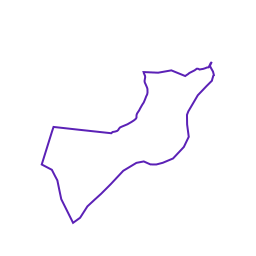 outline of Bois Patat, Castries, Saint Lucia, rotated 135°
{"feature_id": "8701671B97832675692274", "entity_name": "Bois Patat", "entity_type": "district", "adm_level": 2, "iso_a3": "LCA", "parent_name": "Saint Lucia", "parent_adm1": "Castries", "projection": "robinson", "projection_center": [-60.983, 14.009], "detail": "fine", "context": "isolated", "style": "outline", "palette": "violet", "viewbox_px": 256, "rotation_deg": 135, "n_neighbors": 0, "source": "geoboundaries", "source_scale": "gbopen_adm2", "svg_char_len": 1408}
<svg xmlns="http://www.w3.org/2000/svg" viewBox="0 0 256 256"><g transform="rotate(135 128 128)"><path d="M29.9,104.6L28.0,107.8L27.2,110.7L26.2,114.0L22.1,115.5L24.1,115.3L24.7,115.0L28.1,113.9L29.3,114.9L31.2,115.7L33.1,116.7L34.5,117.7L36.1,118.8L36.3,119.7L36.7,120.5L37.5,121.3L39.0,121.5L40.2,121.7L45.4,123.4L46.3,123.6L47.1,123.6L50.1,124.2L50.8,124.3L56.6,138.1L67.6,145.8L77.4,156.5L77.6,156.1L77.9,155.8L78.3,154.8L79.1,152.8L79.9,151.8L81.6,150.6L83.1,149.5L84.0,148.2L84.6,146.5L85.2,145.0L86.0,143.0L86.7,141.8L89.1,139.3L90.7,138.2L92.8,137.5L94.1,136.9L96.4,135.9L98.9,134.9L101.4,134.4L105.4,133.3L107.9,132.5L109.1,132.3L111.4,131.8L112.8,131.1L113.6,130.4L114.6,129.4L115.4,129.1L116.4,129.0L118.4,129.2L120.3,129.6L122.0,130.0L123.4,130.4L125.7,131.0L128.4,132.1L131.3,133.3L133.2,134.0L134.8,133.9L136.4,133.5L137.7,133.6L138.7,134.1L139.8,134.7L141.8,136.1L143.5,136.1L164.6,162.3L179.9,181.4L184.3,179.2L214.8,163.2L211.4,152.3L213.4,146.1L215.0,140.9L221.0,131.8L225.5,124.9L233.9,99.8L225.3,98.4L224.9,98.5L212.1,101.3L201.8,100.9L193.7,100.5L180.0,100.5L161.6,101.1L156.0,99.7L146.7,97.4L143.6,95.3L140.5,93.2L137.9,86.4L133.8,82.2L128.0,78.8L117.7,74.6L101.9,75.1L96.5,77.0L91.3,78.8L88.3,82.7L83.7,88.7L77.0,95.6L73.6,97.1L65.1,99.3L55.5,101.8L42.8,102.1L40.5,102.1L35.2,102.1L34.1,102.8L30.6,104.7L30.3,104.7L29.9,104.6Z" fill="none" stroke="#5b21b6" stroke-width="2"/></g></svg>